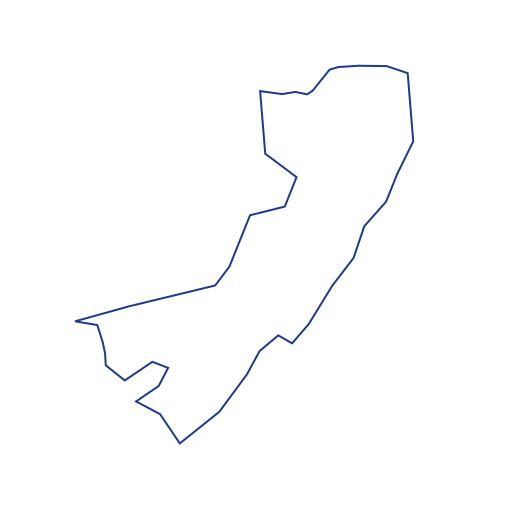 the district of Uychi, Namangan, Uzbekistan, rotated 346°
{"feature_id": "79887680B4348480109525", "entity_name": "Uychi", "entity_type": "district", "adm_level": 2, "iso_a3": "UZB", "parent_name": "Uzbekistan", "parent_adm1": "Namangan", "projection": "equal_earth", "projection_center": [71.866, 41.057], "detail": "fine", "context": "isolated", "style": "outline", "palette": "blue", "viewbox_px": 512, "rotation_deg": 346, "n_neighbors": 0, "source": "geoboundaries", "source_scale": "gbopen_adm2", "svg_char_len": 660}
<svg xmlns="http://www.w3.org/2000/svg" viewBox="0 0 512 512"><g transform="rotate(346 256 256)"><path d="M269.9,349.5L290.6,334.9L322.8,303.3L350.2,281.5L368.2,253.4L395.4,234.7L413.0,210.4L436.3,182.8L447.4,115.3L428.8,103.4L401.5,96.2L381.7,92.6L372.4,93.0L351.0,109.3L344.7,111.5L333.8,106.3L320.4,105.2L299.9,97.0L289.7,159.0L314.4,189.3L295.9,215.0L260.1,215.0L227.6,259.9L209.3,274.7L120.7,274.1L64.6,275.6L85.3,284.6L86.4,302.9L86.0,314.0L83.8,325.7L98.5,345.0L129.8,333.6L143.7,343.3L130.1,358.6L104.4,368.1L124.7,386.3L136.7,419.4L182.7,398.3L218.6,368.6L236.6,349.0L258.4,338.4L269.9,349.5Z" fill="none" stroke="#1e3a8a" stroke-width="2"/></g></svg>